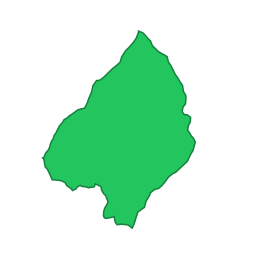 outline of Oghuz District, Oğuz, Azerbaijan, rotated 201°
{"feature_id": "54616110B99657283459996", "entity_name": "Oghuz District", "entity_type": "district", "adm_level": 2, "iso_a3": "AZE", "parent_name": "Azerbaijan", "parent_adm1": "Oğuz", "projection": "albers", "projection_center": [47.537, 41.048], "detail": "fine", "context": "isolated", "style": "filled", "palette": "green", "viewbox_px": 256, "rotation_deg": 201, "n_neighbors": 0, "source": "geoboundaries", "source_scale": "gbopen_adm2", "svg_char_len": 1707}
<svg xmlns="http://www.w3.org/2000/svg" viewBox="0 0 256 256"><g transform="rotate(201 128 128)"><path d="M196.8,69.4L195.5,68.8L191.4,62.1L188.6,60.7L183.9,56.3L180.3,52.5L175.4,54.0L171.0,54.9L167.1,54.4L164.2,52.1L159.3,51.0L157.4,49.7L154.6,52.7L154.4,54.6L152.0,57.4L150.2,56.9L146.1,58.0L143.6,58.0L138.5,60.9L138.4,64.1L132.4,63.7L130.3,60.5L127.3,58.0L124.6,56.8L120.2,52.0L120.2,49.8L121.0,44.7L120.8,41.6L119.5,37.3L118.0,35.8L116.2,35.7L111.5,38.5L109.3,40.4L106.2,35.5L103.6,33.8L99.1,36.1L93.1,37.5L88.2,36.0L88.2,36.3L87.9,40.6L88.3,46.3L88.7,53.1L86.8,56.0L84.2,59.8L84.9,66.0L83.8,72.3L83.8,75.4L81.6,79.5L77.5,82.9L75.7,86.5L74.4,90.0L72.6,96.7L70.2,100.9L67.6,103.8L65.1,109.0L62.9,113.5L62.1,115.1L60.6,118.3L60.3,123.3L59.9,127.1L59.2,130.2L59.8,135.4L60.1,138.9L63.4,142.0L66.1,143.3L68.8,145.5L71.7,147.6L72.5,151.9L72.0,156.1L73.4,160.4L77.9,161.6L80.0,160.6L83.1,162.4L84.2,166.9L83.0,171.1L84.3,175.7L85.6,179.0L89.5,182.2L92.3,187.2L96.5,190.2L99.8,192.8L103.1,195.0L107.3,198.9L110.5,201.8L114.0,204.2L117.1,208.7L123.6,209.7L126.9,210.2L134.7,213.6L138.3,217.4L141.9,218.9L146.4,221.4L148.3,222.2L152.8,222.2L152.5,221.7L152.5,214.8L153.7,209.9L155.8,204.0L158.0,199.0L159.4,192.1L158.9,186.9L160.3,183.9L163.0,179.1L163.4,178.5L165.9,173.2L167.3,170.1L168.9,166.6L171.0,163.1L173.8,161.0L174.4,161.0L175.9,155.0L174.9,148.9L175.2,140.9L175.0,136.6L175.3,133.5L175.8,130.8L178.4,129.2L181.3,127.0L183.1,124.2L184.3,122.3L186.2,119.5L187.4,117.9L188.6,115.3L190.7,112.8L191.0,110.1L192.7,105.7L193.1,102.1L193.5,97.6L194.3,94.4L194.0,91.1L194.5,88.8L194.7,85.2L194.3,82.1L194.4,79.4L195.8,75.4L196.1,69.7L196.8,69.4Z" fill="#22c55e" stroke="#15803d" stroke-width="1.5"/></g></svg>